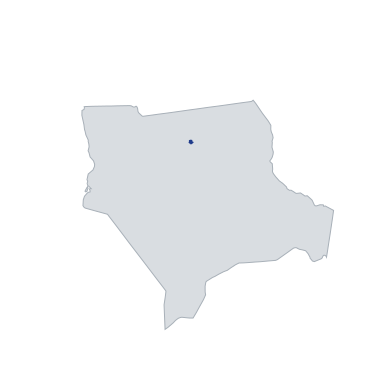 location of Kiambaa, Central, Kenya, rotated 143°
{"feature_id": "3690345B47179274610537", "entity_name": "Kiambaa", "entity_type": "district", "adm_level": 2, "iso_a3": "KEN", "parent_name": "Kenya", "parent_adm1": "Central", "projection": "orthographic", "projection_center": [36.767, -1.165], "detail": "fine", "context": "in_parent", "style": "filled", "palette": "blue", "viewbox_px": 384, "rotation_deg": 143, "n_neighbors": 0, "source": "geoboundaries", "source_scale": "gbopen_adm2", "svg_char_len": 3631}
<svg xmlns="http://www.w3.org/2000/svg" viewBox="0 0 384 384"><g transform="rotate(143 192 192)"><path d="M87.9,228.5L87.8,224.1L88.4,212.7L88.4,202.8L88.9,197.8L91.4,194.6L92.5,192.3L93.3,189.1L94.6,186.5L97.5,184.4L98.1,183.2L101.2,179.6L103.0,175.0L104.4,173.5L106.2,172.1L107.4,171.3L109.4,170.5L111.0,170.1L111.3,169.7L111.4,169.0L110.9,166.2L111.6,165.2L112.7,163.4L113.9,161.6L115.0,160.5L115.7,159.3L116.0,157.3L116.0,155.9L116.0,153.6L115.6,148.4L114.3,144.0L113.5,139.1L114.1,137.5L113.1,134.6L112.6,134.4L111.8,133.8L110.7,131.1L109.9,128.6L109.4,128.0L105.9,125.9L104.2,120.8L102.2,119.6L101.2,114.6L101.0,113.1L102.1,108.1L102.0,106.9L100.8,105.9L97.5,104.8L94.9,102.7L95.2,102.0L95.4,101.2L94.0,100.7L90.0,92.1L95.2,86.9L100.6,81.6L107.3,75.0L113.6,68.9L119.0,63.6L123.8,59.0L123.6,59.8L123.7,61.0L124.3,61.8L125.2,62.3L126.6,61.7L127.8,61.0L129.0,60.9L136.2,62.8L137.4,64.5L137.3,66.3L137.6,67.7L137.0,69.0L136.4,73.0L136.6,76.7L138.8,79.5L140.7,81.6L142.2,84.7L143.4,85.6L144.9,86.1L149.9,86.2L157.2,86.4L164.3,86.6L164.9,86.7L166.4,87.1L172.9,91.2L178.9,94.9L183.9,98.2L188.8,101.3L193.5,104.4L197.2,107.0L200.9,107.7L206.8,108.1L210.9,108.2L214.6,109.3L220.3,110.3L224.5,110.8L227.0,111.4L234.0,112.0L235.2,111.7L238.3,108.8L241.7,104.2L243.0,101.7L247.5,99.2L255.4,95.7L260.9,93.2L267.0,90.7L269.9,92.9L273.7,96.4L275.5,98.1L276.9,98.8L279.0,99.4L281.5,99.4L282.9,99.3L285.7,98.8L292.4,98.4L296.2,98.5L293.0,103.1L289.2,108.6L282.2,118.7L276.8,124.0L272.8,128.1L272.4,128.8L272.4,133.3L272.5,144.3L272.6,166.3L272.8,188.4L272.8,210.4L272.9,221.4L272.9,225.1L276.5,229.8L280.0,234.3L284.6,240.3L287.0,243.5L287.4,244.6L287.3,246.7L283.5,251.2L280.4,253.3L276.2,254.2L274.9,254.1L273.3,253.4L272.6,254.5L272.1,256.2L271.2,255.8L270.5,255.3L270.9,258.3L271.4,259.8L270.7,261.8L268.7,263.5L268.5,265.0L264.1,268.8L257.8,269.2L254.5,271.1L253.1,272.7L251.9,276.1L252.3,281.3L250.6,285.4L250.2,287.4L247.0,290.0L245.5,292.4L244.5,294.8L243.6,295.9L242.4,301.4L240.9,304.7L240.5,305.8L240.1,306.8L239.0,308.7L238.2,310.1L237.7,311.0L233.8,319.5L230.8,323.3L228.5,322.9L227.0,324.3L226.8,325.0L226.0,324.6L224.0,323.2L220.0,320.4L216.0,317.5L212.0,314.6L208.0,311.7L204.1,308.8L200.0,305.9L196.0,303.0L192.0,300.1L189.7,298.4L188.7,297.4L187.8,295.4L187.4,294.9L186.4,294.3L185.1,294.2L184.8,293.8L184.8,292.8L185.2,291.4L186.7,288.8L186.9,287.2L186.6,285.4L186.1,282.6L185.7,282.0L183.0,280.5L177.5,277.4L171.9,274.3L166.3,271.1L160.8,268.0L155.2,264.9L149.6,261.8L144.0,258.7L138.5,255.6L132.9,252.5L127.3,249.4L121.7,246.2L116.2,243.1L110.6,240.0L105.0,236.9L99.4,233.8L93.9,230.7L91.8,229.5L89.9,228.5L87.9,228.5ZM273.2,258.8L272.3,259.1L272.8,257.6L275.6,255.7L276.8,256.1L277.0,256.5L277.0,256.9L276.5,257.3L273.2,258.8Z" fill="#d9dde1" stroke="#a8b0b8" stroke-width="1"/><path d="M161.9,231.2L161.9,231.3L161.8,231.5L161.7,231.5L161.8,231.7L162.0,231.6L161.9,231.8L162.0,232.0L162.1,232.3L161.9,232.5L161.8,232.8L161.7,232.9L161.6,233.0L161.4,233.3L161.5,233.4L161.7,233.5L161.8,233.8L162.0,233.9L162.1,234.0L162.3,234.1L162.5,234.2L162.8,234.3L162.9,234.2L163.1,234.3L163.2,234.2L163.4,233.9L163.2,233.8L163.2,233.7L163.3,233.6L163.4,233.4L163.6,233.5L163.8,233.3L163.7,233.2L163.4,233.1L163.3,232.9L163.5,232.8L163.6,233.0L163.8,233.0L164.0,233.0L164.3,233.0L164.3,232.9L164.2,232.9L163.9,232.9L163.7,232.8L163.7,232.7L163.6,232.4L163.4,232.3L163.4,232.2L163.5,232.1L163.6,231.9L163.7,231.7L163.7,231.4L163.4,231.4L163.2,231.4L162.9,231.3L162.7,231.3L162.7,231.2L162.7,231.3L162.4,231.3L162.4,231.2L162.2,231.2L162.2,231.3L162.1,231.2L161.9,231.2Z" fill="#3b82f6" stroke="#1e3a8a" stroke-width="1.5"/></g></svg>